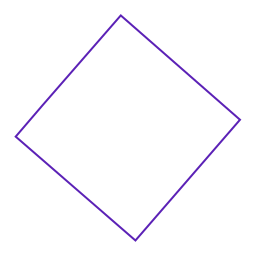 outline of Terry, Texas, United States of America, rotated 131°
{"feature_id": "52423323B33800517044511", "entity_name": "Terry", "entity_type": "district", "adm_level": 2, "iso_a3": "USA", "parent_name": "United States of America", "parent_adm1": "Texas", "projection": "albers", "projection_center": [-102.271, 33.174], "detail": "fine", "context": "isolated", "style": "outline", "palette": "violet", "viewbox_px": 256, "rotation_deg": 131, "n_neighbors": 0, "source": "geoboundaries", "source_scale": "gbopen_adm2", "svg_char_len": 233}
<svg xmlns="http://www.w3.org/2000/svg" viewBox="0 0 256 256"><g transform="rotate(131 128 128)"><path d="M208.0,48.6L48.3,48.9L47.8,207.3L167.3,207.4L208.2,207.1L208.0,48.6Z" fill="none" stroke="#5b21b6" stroke-width="2"/></g></svg>